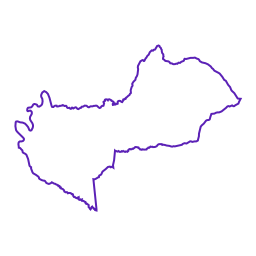 Guacarí, Valle del Cauca, Colombia
{"feature_id": "7082276B91777379467178", "entity_name": "Guacarí", "entity_type": "district", "adm_level": 2, "iso_a3": "COL", "parent_name": "Colombia", "parent_adm1": "Valle del Cauca", "projection": "robinson", "projection_center": [-76.302, 3.779], "detail": "fine", "context": "isolated", "style": "outline", "palette": "violet", "viewbox_px": 256, "rotation_deg": 0, "n_neighbors": 0, "source": "geoboundaries", "source_scale": "gbopen_adm2", "svg_char_len": 5754}
<svg xmlns="http://www.w3.org/2000/svg" viewBox="0 0 256 256"><path d="M44.2,91.1L42.3,92.5L41.3,94.6L41.1,95.8L41.3,96.9L42.3,98.8L42.6,101.3L42.2,103.8L41.7,104.8L41.0,105.5L39.3,106.6L38.2,106.5L37.7,106.3L37.1,105.0L36.7,104.6L34.7,104.0L34.2,104.0L33.2,104.6L32.4,106.1L31.4,107.2L30.8,107.4L28.2,107.7L27.8,108.0L27.3,109.0L27.2,110.4L27.6,111.1L28.1,111.2L29.6,110.7L30.6,110.7L31.6,111.7L31.8,112.4L31.8,113.8L30.1,116.9L29.9,118.6L30.3,120.1L32.4,123.3L33.0,125.1L33.0,126.3L32.7,127.8L31.4,130.3L30.3,130.6L29.4,130.1L28.1,127.1L26.5,125.1L25.0,123.6L22.7,122.6L20.0,122.3L17.7,121.4L16.2,121.5L15.7,122.2L15.4,126.1L16.0,129.9L16.8,131.3L18.4,133.0L23.4,137.9L24.0,139.0L23.8,140.0L23.1,140.9L21.7,141.4L19.9,141.4L18.9,142.1L18.6,142.7L18.4,144.1L18.8,147.0L18.8,147.7L20.2,148.1L21.5,149.6L22.2,150.2L22.5,150.9L22.6,152.0L23.1,152.7L25.4,153.9L26.4,154.8L28.1,159.0L29.5,165.7L29.9,166.3L31.1,167.2L31.1,168.6L32.5,172.3L33.2,173.3L36.0,174.9L38.3,176.6L38.9,177.4L39.1,178.5L39.5,178.9L41.7,180.1L43.4,180.6L44.5,180.7L45.1,181.1L46.4,183.0L48.6,183.9L49.4,183.8L51.1,183.0L51.8,182.3L54.3,183.7L55.2,183.8L56.2,184.5L57.0,184.7L57.6,185.3L58.2,185.3L58.5,186.1L59.1,185.9L59.5,186.0L59.9,186.6L59.9,187.6L60.2,187.8L60.9,187.6L61.2,188.6L62.6,188.9L64.1,190.4L64.3,191.5L65.6,192.3L66.9,192.1L67.9,193.3L68.8,192.9L70.7,193.1L71.8,194.2L72.4,194.0L72.9,194.3L73.1,195.0L73.2,195.9L74.0,197.0L74.8,196.9L75.4,197.6L76.4,198.1L77.6,197.6L77.3,198.1L77.5,198.4L77.9,198.2L78.2,197.5L78.7,197.3L78.8,197.9L78.5,198.6L79.3,199.9L80.1,199.9L80.6,199.4L81.2,199.7L81.8,199.5L81.6,200.4L82.0,200.9L83.5,200.9L84.7,201.8L85.3,201.9L85.7,202.3L85.5,203.0L86.0,203.7L86.3,203.9L86.9,203.7L88.7,205.1L88.6,207.0L89.3,207.7L89.9,208.8L90.5,209.4L91.2,208.3L91.7,206.9L92.2,206.6L92.6,207.6L93.5,207.8L93.8,208.8L95.2,209.1L95.0,209.3L95.1,210.1L96.5,210.5L96.5,209.3L93.4,179.2L94.3,179.4L96.0,178.7L98.2,177.3L98.9,177.2L99.2,175.6L101.2,174.5L102.5,171.6L105.8,169.0L107.9,167.0L109.7,166.6L110.7,167.3L111.0,167.2L111.2,166.8L112.0,166.9L112.6,167.1L113.3,167.6L113.0,165.2L114.1,160.2L115.0,150.7L115.4,151.1L115.7,150.9L116.6,151.2L117.3,151.6L118.0,151.3L118.4,151.4L118.6,151.1L119.8,151.9L120.8,151.8L121.6,151.2L122.1,151.6L123.1,151.0L123.4,151.3L123.9,151.3L124.9,151.9L125.4,151.9L125.9,151.4L126.7,151.6L127.2,151.4L127.5,151.7L128.3,151.0L128.2,150.4L128.3,150.0L129.4,149.1L130.1,149.0L130.4,149.3L130.9,149.4L131.8,149.2L132.3,148.7L132.8,148.8L133.0,148.6L133.4,148.7L133.8,148.2L134.5,147.9L135.0,147.2L135.7,147.0L138.3,147.4L138.5,147.5L138.5,148.1L139.6,148.7L140.2,149.5L140.6,149.4L141.3,149.7L141.7,149.5L142.0,149.7L142.6,149.3L143.9,149.6L146.5,149.5L146.9,148.7L148.0,148.1L148.4,147.5L148.8,147.5L149.3,147.7L150.4,146.6L151.0,146.9L152.3,146.7L152.9,147.1L154.9,147.0L156.6,146.3L157.9,144.7L159.1,144.1L161.5,144.1L162.1,144.3L162.3,144.9L163.3,144.7L165.0,145.0L166.5,145.5L169.5,145.9L171.2,146.5L172.4,146.6L173.6,146.2L174.8,146.4L181.9,144.8L182.6,144.0L184.5,143.2L186.6,143.5L190.2,141.3L190.8,141.3L192.3,141.9L194.5,141.4L196.2,141.4L196.9,141.1L197.9,140.5L198.0,139.7L198.9,136.3L199.0,133.6L200.7,126.7L201.6,125.5L203.8,123.6L206.0,120.7L207.1,120.1L208.7,120.0L209.7,119.4L210.4,116.8L211.4,113.9L214.4,113.6L216.1,112.7L217.5,112.4L219.1,112.4L221.6,111.4L226.1,107.8L227.2,106.6L228.0,106.2L228.7,106.1L229.6,106.5L232.1,105.4L233.3,106.2L234.3,106.1L235.2,105.3L238.4,103.6L239.0,101.9L240.6,98.8L238.0,98.6L237.5,98.2L234.3,93.1L231.8,90.8L231.2,89.9L230.1,87.1L228.1,84.8L225.9,80.9L225.4,80.5L224.3,80.0L222.3,76.8L219.7,73.6L218.6,72.9L214.4,70.7L213.0,68.9L211.9,68.1L210.8,66.5L207.9,64.3L205.4,63.2L201.9,62.4L199.9,61.2L199.0,59.7L198.4,59.1L196.8,58.6L194.9,57.6L193.0,57.9L190.4,57.9L186.1,59.0L184.6,58.8L184.3,59.2L183.9,60.6L183.4,61.0L181.3,61.8L180.0,62.9L178.5,62.7L177.3,63.8L176.3,63.6L175.1,64.1L173.6,64.2L172.8,64.0L171.9,63.4L170.3,63.3L169.5,62.1L168.5,61.4L165.3,60.9L164.3,59.8L163.1,59.1L163.0,58.7L163.2,57.1L163.6,56.5L163.3,55.5L163.3,54.4L162.2,53.0L161.8,51.4L161.7,49.8L161.1,48.9L160.8,47.9L159.7,46.9L159.4,45.9L158.5,45.5L156.9,46.2L156.4,47.4L155.8,48.1L155.7,48.6L154.8,49.7L153.7,49.8L153.2,50.2L152.9,50.7L151.7,50.4L149.8,52.2L148.7,54.7L147.4,55.8L146.2,57.9L145.7,58.2L144.3,60.9L143.8,61.0L143.1,60.2L142.4,60.1L140.4,61.3L138.0,65.9L137.8,67.5L138.1,68.8L138.1,69.6L137.5,74.4L136.9,76.1L135.8,77.8L135.4,79.8L133.5,81.7L132.3,83.6L132.2,84.1L132.6,85.1L132.4,86.0L131.7,86.9L130.8,89.8L130.7,90.7L130.9,92.5L130.8,93.2L130.0,93.8L129.4,95.1L128.5,95.6L126.6,97.4L126.0,97.7L125.7,98.8L125.3,99.0L124.8,98.8L124.2,99.5L123.6,99.3L123.2,99.5L123.1,100.6L122.2,102.1L121.4,101.9L120.5,101.0L119.2,100.8L118.6,101.0L117.9,101.4L117.7,101.8L117.7,103.7L117.3,103.9L116.3,103.8L115.6,104.5L114.4,104.5L114.4,104.3L114.0,104.7L112.9,104.9L112.7,104.1L113.7,102.4L113.6,102.0L113.2,101.6L111.5,100.8L111.4,100.3L109.4,99.3L108.3,99.5L107.9,100.3L107.1,99.5L106.0,99.3L105.0,99.7L104.8,100.1L105.1,100.6L105.1,100.8L103.5,101.9L103.6,102.6L104.1,103.3L103.5,105.7L103.1,105.9L102.1,105.9L101.3,106.5L100.6,107.6L99.7,108.0L98.9,107.6L96.9,105.8L96.0,105.6L94.7,105.9L93.7,105.9L92.7,106.3L90.6,106.3L88.9,107.3L87.9,107.0L86.6,105.8L84.7,105.6L83.1,106.6L81.7,106.7L81.4,107.0L81.2,107.7L79.9,108.1L78.4,109.1L77.5,108.9L76.2,107.5L75.7,107.3L75.0,107.5L73.2,108.5L72.7,108.2L72.5,107.7L72.0,107.6L71.0,108.8L70.4,108.8L69.4,107.8L67.9,108.0L67.4,107.8L67.0,107.4L66.5,106.2L66.0,105.8L64.4,106.0L63.4,105.3L62.7,105.1L62.1,105.6L61.7,105.5L60.6,105.9L59.7,105.8L59.1,106.2L57.6,106.5L56.9,106.4L56.6,105.7L55.1,105.7L53.9,106.4L53.4,107.0L52.9,107.0L52.1,106.9L51.6,105.9L49.5,97.9L47.9,93.9L46.2,92.1L44.2,91.1Z" fill="none" stroke="#5b21b6" stroke-width="2"/></svg>